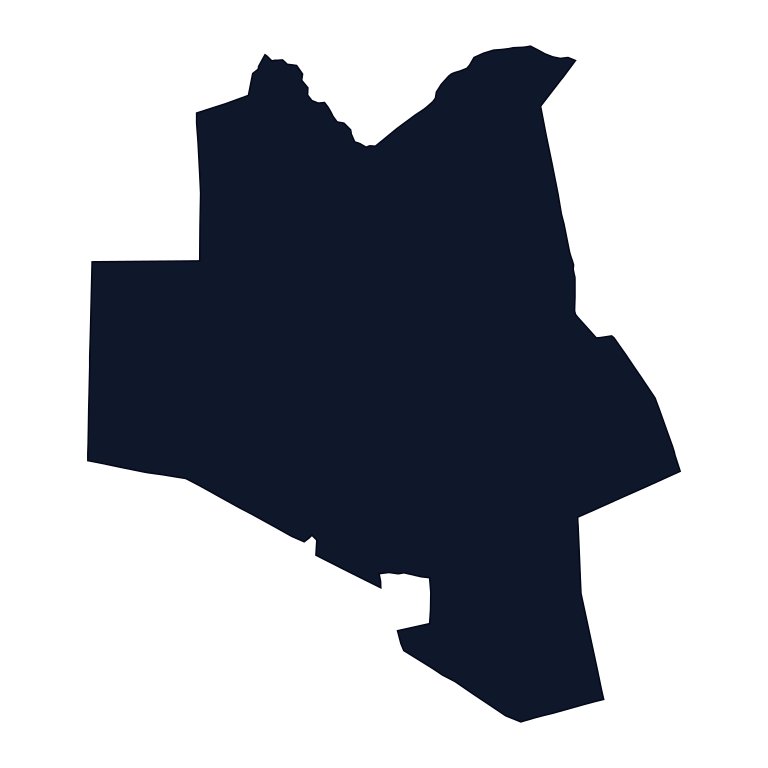 outline of Bahati, Rift Valley, Kenya
{"feature_id": "3690345B12998672958499", "entity_name": "Bahati", "entity_type": "district", "adm_level": 2, "iso_a3": "KEN", "parent_name": "Kenya", "parent_adm1": "Rift Valley", "projection": "orthographic", "projection_center": [36.164, -0.224], "detail": "fine", "context": "isolated", "style": "filled", "palette": "ink", "viewbox_px": 768, "rotation_deg": 0, "n_neighbors": 0, "source": "geoboundaries", "source_scale": "gbopen_adm2", "svg_char_len": 2440}
<svg xmlns="http://www.w3.org/2000/svg" viewBox="0 0 768 768"><path d="M575.5,60.5L568.0,57.5L560.3,58.4L552.9,56.9L544.9,53.8L538.7,50.4L530.4,46.1L526.8,46.8L522.9,47.3L513.3,47.7L509.1,48.6L501.7,49.5L493.7,50.1L483.5,53.2L474.0,57.5L469.7,65.0L466.9,68.3L460.1,71.0L454.6,72.6L451.5,73.9L448.8,76.0L441.3,84.3L436.4,92.0L435.4,98.2L432.8,101.7L428.6,105.4L425.9,107.7L424.0,109.2L415.1,115.1L397.5,128.1L375.4,146.2L369.7,145.8L366.1,147.2L360.1,143.7L357.7,142.8L354.7,141.9L351.3,134.0L350.7,129.9L343.9,123.1L337.1,121.9L333.0,116.3L331.1,112.4L328.2,107.4L324.5,102.5L318.3,103.1L311.9,100.6L307.6,95.1L307.9,87.8L301.7,80.3L302.6,74.0L296.6,65.5L292.6,64.9L287.2,64.3L285.0,62.1L282.6,59.9L277.0,60.3L274.6,60.3L271.8,60.9L267.0,56.1L265.0,54.7L258.6,66.4L258.2,69.2L252.7,73.5L248.4,95.4L225.6,103.7L196.6,113.0L196.6,123.1L198.0,141.9L199.7,174.0L200.6,193.1L200.0,225.4L199.7,260.9L164.9,261.2L127.0,261.5L92.1,261.8L90.3,337.0L89.7,356.7L89.7,366.6L89.1,393.1L88.7,408.5L88.4,428.2L88.1,444.6L87.8,453.5L87.8,460.6L98.6,462.7L122.6,467.7L144.4,472.1L147.7,472.7L163.0,474.8L175.7,476.9L185.7,478.5L197.9,484.8L208.3,490.5L217.6,495.7L227.7,501.3L239.1,507.6L251.2,513.9L270.3,524.4L291.8,536.4L304.2,541.8L309.0,538.1L311.9,535.2L316.8,540.1L315.9,555.2L342.7,568.8L366.7,580.8L380.8,587.8L380.6,581.4L379.1,573.7L388.9,572.5L398.3,573.8L404.0,572.8L421.3,576.8L429.6,577.7L430.8,592.5L430.5,610.1L429.6,623.6L397.5,630.7L400.9,643.6L403.8,650.6L433.3,668.9L442.5,675.1L454.9,681.5L472.1,693.3L496.5,709.6L505.7,715.8L520.8,721.9L534.4,717.9L543.9,715.4L552.6,713.3L568.0,709.0L582.1,705.0L594.8,701.6L603.7,699.4L601.5,689.8L597.5,670.4L593.5,651.7L589.6,633.5L585.5,614.3L581.0,593.4L580.3,578.0L579.6,560.6L579.2,551.0L578.1,525.8L577.8,521.3L577.7,517.2L595.6,509.3L621.6,497.6L646.9,486.4L672.9,474.6L676.7,472.9L680.2,471.3L674.9,454.9L674.3,452.0L672.5,446.3L666.2,428.8L663.2,420.3L658.8,408.0L657.9,405.7L655.1,398.1L653.0,394.9L650.9,391.8L643.4,380.6L641.3,377.4L639.4,374.7L634.9,368.1L633.2,365.6L630.7,361.9L625.6,354.3L619.5,345.7L614.0,337.8L611.7,335.9L600.3,337.6L596.3,337.9L577.5,317.0L575.5,314.4L574.6,311.0L574.7,306.2L575.0,297.2L575.0,279.3L574.9,277.0L574.2,274.3L573.2,269.2L573.6,265.0L572.5,261.2L570.8,256.3L570.1,254.0L569.5,251.7L564.0,224.0L561.4,214.0L558.1,194.3L552.2,164.4L546.1,134.9L540.6,106.2L561.1,79.6L563.1,77.2L575.5,60.5Z" fill="#0f172a" stroke="#020617" stroke-width="1.5"/></svg>